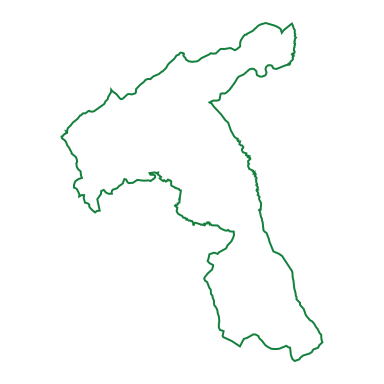 the district of Avrig, Sibiu, Romania
{"feature_id": "2599482B88876011644537", "entity_name": "Avrig", "entity_type": "district", "adm_level": 2, "iso_a3": "ROU", "parent_name": "Romania", "parent_adm1": "Sibiu", "projection": "natural_earth1", "projection_center": [24.412, 45.689], "detail": "fine", "context": "isolated", "style": "outline", "palette": "green", "viewbox_px": 384, "rotation_deg": 0, "n_neighbors": 0, "source": "geoboundaries", "source_scale": "gbopen_adm2", "svg_char_len": 5926}
<svg xmlns="http://www.w3.org/2000/svg" viewBox="0 0 384 384"><path d="M322.4,342.3L321.4,339.1L321.2,334.7L319.6,333.1L317.5,328.7L316.4,327.6L313.9,323.3L311.7,321.0L310.2,320.4L307.1,316.8L305.8,315.0L303.7,309.0L300.1,305.0L299.9,302.7L296.5,299.3L296.5,297.0L295.9,296.0L295.5,292.8L294.3,288.5L293.4,280.2L292.7,277.5L292.4,272.4L291.8,270.8L282.1,256.0L279.1,253.9L273.4,251.4L269.5,241.8L268.8,238.9L266.5,232.9L264.5,231.6L263.5,230.3L262.6,221.9L261.9,220.3L262.0,218.9L261.0,217.0L259.9,211.3L259.0,210.1L259.6,209.5L260.7,209.5L261.1,203.1L259.4,199.9L259.0,198.1L259.6,197.0L257.7,194.9L258.4,194.1L258.0,192.5L256.6,190.6L257.0,190.0L257.7,189.8L256.9,189.2L258.0,187.8L257.9,187.2L256.7,185.7L256.9,185.2L256.4,184.9L257.1,184.1L256.1,182.0L256.4,180.8L255.8,179.4L256.6,178.3L256.2,177.3L255.1,176.6L255.2,176.1L254.8,175.8L255.6,174.8L255.2,174.5L255.3,173.8L254.9,173.8L255.2,173.6L255.1,173.1L253.7,173.1L253.6,172.5L254.0,171.9L253.5,172.0L252.7,171.1L253.2,171.0L253.0,170.6L249.2,168.9L248.1,165.9L248.3,164.3L249.0,163.9L248.2,162.6L248.1,161.1L250.4,158.8L250.0,157.8L248.4,157.6L248.0,157.2L249.0,156.9L249.4,156.1L246.0,155.1L246.4,153.4L243.0,152.3L241.9,150.2L241.9,149.5L242.2,148.7L243.0,148.2L243.3,146.9L241.9,145.4L241.0,145.4L239.4,144.2L240.0,141.6L239.3,141.8L238.2,141.2L238.4,140.4L237.5,140.2L237.7,138.7L236.2,138.3L234.2,136.5L230.9,130.5L228.1,122.5L225.6,120.5L221.1,114.4L213.7,106.5L210.8,102.3L210.0,102.8L209.5,102.4L213.1,100.6L217.1,100.6L219.1,100.0L219.6,99.5L220.6,93.9L222.1,93.3L224.4,93.6L226.3,92.7L229.2,90.1L231.0,87.8L234.8,82.6L237.6,77.8L238.8,76.6L243.8,74.4L249.4,69.4L252.0,68.7L253.8,68.9L256.3,71.1L256.9,75.0L260.0,76.6L262.1,76.6L265.3,75.4L265.9,74.5L266.5,72.6L265.6,69.7L265.6,68.4L266.4,66.6L268.3,65.2L271.0,65.3L272.2,66.0L272.9,67.8L273.7,68.5L276.3,69.0L286.2,65.1L289.6,64.6L290.0,63.8L289.1,63.4L290.1,62.8L290.6,61.6L292.6,59.8L293.0,58.7L293.0,57.8L292.6,57.4L293.0,56.4L292.7,55.5L293.0,55.5L292.4,54.9L293.2,54.7L292.8,54.2L293.4,54.2L293.1,53.4L294.3,53.0L294.7,51.6L293.9,50.5L294.0,47.9L294.6,47.0L294.5,45.4L295.0,44.8L295.1,43.7L294.4,43.3L294.6,42.3L294.4,41.4L294.8,41.2L294.9,38.8L296.0,37.7L294.7,35.8L295.3,34.3L294.7,33.2L294.8,30.1L293.7,28.5L293.1,26.2L291.9,23.6L283.9,30.0L281.8,32.8L280.6,29.0L278.4,27.4L274.6,25.6L265.6,23.0L260.8,24.4L258.4,25.6L252.7,30.9L247.1,33.8L246.6,34.6L244.9,34.7L243.2,36.6L240.9,40.3L240.2,42.4L240.1,46.5L236.8,49.2L234.9,50.2L230.5,48.0L224.4,49.0L220.7,48.9L215.8,53.4L212.9,53.7L210.7,53.2L209.5,54.3L201.5,58.1L198.5,60.6L196.8,61.4L192.0,61.8L188.7,61.3L186.0,59.6L185.4,58.0L183.6,56.1L183.3,55.2L184.0,54.2L183.6,53.3L181.0,52.6L179.9,53.0L178.9,54.6L176.5,55.5L174.2,58.9L169.3,63.1L167.9,64.7L166.1,68.0L162.5,71.5L161.8,71.6L158.8,74.1L153.7,76.2L151.1,78.3L150.6,79.1L147.7,79.0L145.4,80.0L143.8,82.0L140.3,84.7L136.1,89.1L135.8,92.6L135.4,93.3L131.9,94.4L128.9,94.0L127.5,94.3L123.4,98.1L122.1,99.0L120.9,99.1L119.9,98.4L116.4,94.1L112.5,91.4L111.2,89.7L111.1,92.0L108.2,97.0L107.6,99.4L105.6,101.2L104.2,104.0L94.1,111.2L92.3,111.7L90.0,111.4L89.4,110.9L88.5,111.0L85.5,113.3L82.9,113.4L80.9,115.4L80.2,115.4L77.4,119.0L72.9,122.5L70.9,125.2L67.7,128.3L67.2,130.8L66.8,131.4L66.4,131.3L67.2,132.3L67.0,132.9L66.0,132.8L65.6,133.7L64.7,133.9L62.6,135.9L62.6,136.3L61.6,136.6L62.0,138.3L64.6,140.2L66.0,141.9L67.4,145.6L68.8,147.2L71.6,152.6L71.7,153.6L75.9,157.0L76.9,159.8L77.1,162.0L76.3,163.3L76.9,167.1L78.2,169.3L80.4,171.1L80.7,172.1L80.9,175.0L81.9,178.0L78.8,178.9L75.3,181.2L74.0,184.8L74.0,187.6L76.3,188.6L77.2,189.7L79.4,194.3L79.2,196.5L81.6,195.1L84.1,195.1L83.7,198.1L85.0,202.7L87.9,203.4L89.3,204.7L89.2,206.3L89.8,207.5L92.1,210.0L95.1,212.4L96.9,211.0L99.7,210.6L97.3,199.2L101.0,194.0L101.2,191.0L103.8,189.9L105.6,192.2L106.7,193.0L108.8,193.8L111.9,193.7L111.6,192.4L112.1,190.6L112.8,189.7L117.2,188.2L119.0,186.1L121.9,184.2L122.8,183.3L124.4,179.1L126.2,179.6L127.3,181.8L128.5,183.1L132.9,182.8L137.3,179.9L143.8,180.7L148.5,180.4L150.6,181.0L154.2,178.4L155.1,177.1L155.1,176.4L154.9,175.4L153.6,174.8L150.4,174.7L149.6,173.1L154.9,172.4L156.2,173.0L158.1,172.6L157.6,174.2L161.1,177.0L159.7,178.3L160.6,179.2L163.2,181.1L164.1,180.2L165.9,181.6L168.0,180.2L167.7,179.9L168.0,179.6L169.2,180.5L169.7,180.2L171.2,181.3L171.1,184.0L171.3,185.3L171.8,185.9L175.7,187.8L175.6,188.0L178.9,189.0L179.4,190.0L180.9,190.5L180.0,196.4L179.4,198.7L179.8,198.5L179.4,202.6L177.6,203.4L177.7,204.5L176.1,205.5L175.5,205.1L175.0,205.8L177.4,207.7L176.6,210.9L177.5,212.9L178.6,214.1L182.3,216.1L183.3,217.7L185.1,217.8L185.5,218.6L187.0,218.8L186.7,219.7L187.5,219.7L188.9,220.7L190.0,220.4L190.8,221.1L191.9,221.0L193.1,222.5L193.2,224.5L193.5,224.9L194.0,224.7L194.2,223.2L195.2,222.7L199.9,224.1L200.7,224.7L201.7,224.5L202.9,225.0L203.9,224.0L204.6,225.2L205.2,224.7L205.4,223.6L207.3,223.4L207.4,222.3L208.6,222.3L209.4,222.6L209.2,223.5L209.8,224.6L210.5,224.1L211.9,225.3L217.6,225.5L219.3,227.0L219.7,227.9L224.3,230.2L226.7,230.7L228.3,230.0L229.8,231.4L233.7,231.6L234.0,235.1L233.1,237.8L231.4,241.3L227.5,245.3L226.5,247.7L225.6,248.7L218.8,252.4L217.6,253.9L215.1,252.9L213.6,252.8L209.4,254.3L208.4,259.0L207.6,261.0L209.6,263.2L213.0,265.0L213.2,265.9L212.1,269.5L207.6,273.6L204.7,277.3L204.2,278.8L205.0,280.5L207.2,282.2L209.4,288.0L210.7,289.5L211.0,293.9L212.4,295.6L212.8,298.1L213.9,300.4L214.2,305.0L216.0,307.4L217.3,310.0L217.7,312.9L219.0,317.1L219.3,321.8L218.9,323.3L218.8,327.3L219.9,329.9L223.6,331.1L222.6,335.9L223.3,337.1L231.7,341.0L239.9,346.4L243.9,338.8L246.7,338.1L253.3,334.4L255.5,334.5L258.3,336.0L259.6,338.7L261.7,340.4L265.2,345.0L267.6,346.8L271.4,348.8L276.0,349.1L279.3,348.7L286.4,345.8L288.1,347.2L290.1,347.7L290.9,354.9L292.3,358.9L294.6,361.0L299.4,359.3L299.9,358.2L302.9,355.6L309.7,353.5L312.2,351.7L312.7,350.2L313.8,349.3L318.1,347.7L319.3,345.2L322.4,342.3Z" fill="none" stroke="#15803d" stroke-width="2"/></svg>